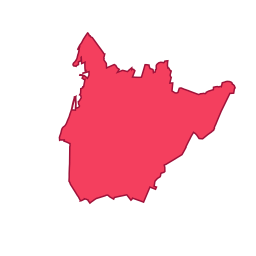 Codes pag., Bauska, Latvia (Robinson projection), rotated 116°
{"feature_id": "27541924B25863088320510", "entity_name": "Codes pag.", "entity_type": "district", "adm_level": 2, "iso_a3": "LVA", "parent_name": "Latvia", "parent_adm1": "Bauska", "projection": "robinson", "projection_center": [24.192, 56.468], "detail": "fine", "context": "isolated", "style": "filled", "palette": "rose", "viewbox_px": 256, "rotation_deg": 116, "n_neighbors": 0, "source": "geoboundaries", "source_scale": "gbopen_adm2", "svg_char_len": 5425}
<svg xmlns="http://www.w3.org/2000/svg" viewBox="0 0 256 256"><g transform="rotate(116 128 128)"><path d="M168.9,184.1L168.6,183.9L166.7,180.1L167.8,179.9L167.8,179.2L167.7,178.9L167.6,177.7L167.5,175.9L167.5,174.0L167.5,173.7L167.4,173.3L168.1,173.0L169.3,172.3L170.4,172.1L171.6,171.5L186.0,164.7L189.1,163.4L194.5,161.0L198.0,159.3L201.7,157.7L201.8,157.5L202.2,156.8L203.1,155.8L203.9,155.0L206.1,151.4L206.7,150.5L208.6,147.4L210.7,144.1L211.4,142.8L211.5,142.5L212.2,141.6L214.2,138.9L214.4,138.9L213.9,138.2L211.0,135.9L210.7,136.1L210.3,134.0L210.3,132.3L210.5,132.3L210.7,132.1L210.8,131.9L212.2,129.3L210.6,128.6L207.9,127.1L207.6,127.0L205.1,125.5L205.1,125.4L198.8,118.7L198.1,118.3L197.9,118.0L197.2,116.8L197.2,116.7L197.8,114.4L197.9,114.1L198.2,109.7L196.4,109.8L193.4,106.0L193.3,105.9L191.7,103.8L188.6,99.8L191.6,93.7L190.3,93.2L189.1,93.2L188.7,90.1L188.3,86.6L188.2,85.9L187.8,81.5L184.1,81.7L171.5,82.4L171.0,76.4L168.6,76.5L168.9,79.0L165.8,79.9L165.2,80.2L164.3,80.3L163.7,80.4L160.4,79.4L157.8,77.8L156.9,77.8L155.2,78.3L154.9,78.5L153.8,78.3L153.6,77.8L152.5,76.9L152.3,76.4L150.9,75.8L147.2,77.7L146.4,78.4L145.4,79.2L145.2,79.1L144.0,77.9L143.9,77.9L141.2,76.1L133.1,70.9L129.2,68.4L128.2,67.8L124.8,67.6L119.9,67.4L119.7,67.7L113.4,67.7L110.9,67.6L107.8,67.6L103.4,67.2L103.2,67.2L103.4,65.8L103.5,65.0L104.3,62.9L106.3,59.5L106.2,59.1L105.0,56.2L98.7,53.3L94.7,51.1L94.4,51.1L94.1,51.0L93.2,50.4L92.8,50.3L92.5,50.2L92.5,50.3L90.6,50.1L89.9,50.6L87.2,50.8L86.9,50.7L82.6,51.0L72.1,51.6L64.7,51.6L63.8,51.6L63.5,51.6L53.3,51.6L52.3,51.7L50.4,48.3L48.9,48.7L47.4,49.2L45.7,49.6L45.0,49.3L43.4,51.0L42.8,52.5L42.9,53.4L42.0,54.1L41.6,55.2L41.7,57.0L42.4,58.9L43.3,60.3L44.5,61.4L46.0,63.1L50.0,62.2L50.1,63.2L51.3,64.4L51.6,65.9L52.6,67.4L53.9,69.0L56.1,68.1L59.6,71.8L61.6,73.3L61.8,73.2L62.3,73.3L62.8,73.4L63.1,73.5L63.3,73.8L63.8,75.4L63.9,75.5L64.6,76.4L65.4,77.8L66.5,78.7L67.0,79.3L67.8,87.5L67.9,88.8L68.0,90.3L68.1,91.1L68.2,91.3L68.3,93.1L68.5,93.9L68.7,97.6L68.9,98.1L69.7,99.2L69.8,99.3L74.2,98.7L75.5,100.0L75.8,101.4L75.4,104.7L71.4,106.2L67.9,107.5L69.3,110.1L63.7,111.3L63.8,111.5L62.2,113.2L62.1,113.3L61.7,113.4L60.8,113.6L59.6,113.8L58.1,114.1L57.8,114.2L57.8,114.3L57.9,115.1L56.8,116.9L56.7,117.0L56.3,117.6L56.2,117.8L56.6,118.5L55.1,119.5L54.7,119.9L51.9,121.1L50.1,121.7L50.9,123.0L51.8,124.2L51.9,124.3L52.4,124.2L52.7,124.2L53.3,124.3L53.7,124.6L53.8,125.1L54.0,125.8L54.3,126.6L54.5,127.3L55.7,128.7L55.9,128.9L57.5,129.7L58.7,130.0L59.4,130.0L60.3,129.6L61.0,129.3L61.9,128.7L62.5,128.4L63.3,128.8L63.5,128.8L65.7,128.1L66.3,128.8L67.1,129.4L64.8,130.9L64.6,131.2L64.5,131.4L64.7,132.9L64.9,134.1L64.8,134.3L63.3,136.0L62.2,136.7L62.9,138.9L63.6,140.4L68.6,139.5L76.4,138.2L77.3,139.6L79.0,143.2L80.2,146.3L73.5,146.9L73.3,147.5L73.1,148.3L72.9,148.5L73.0,149.1L73.1,150.0L73.1,150.3L73.3,150.3L72.2,151.0L75.2,152.3L75.3,152.4L77.5,153.2L78.5,158.0L78.7,158.3L82.6,161.9L79.1,161.6L78.8,163.9L78.0,165.2L78.0,165.4L77.4,166.0L77.1,166.5L77.1,166.8L77.0,168.2L83.4,173.6L79.6,175.7L78.9,176.7L78.8,177.0L77.8,178.8L77.3,179.6L76.1,179.9L75.6,180.5L71.8,181.3L72.0,181.6L71.3,183.2L71.1,183.3L70.3,184.8L69.0,187.2L67.0,191.1L66.6,191.8L62.4,199.7L62.4,201.6L61.7,202.4L62.0,203.3L61.8,203.4L61.2,204.0L60.3,205.4L60.3,206.0L63.6,206.5L67.7,207.0L71.7,207.1L74.4,207.6L76.7,207.7L79.2,207.7L79.3,207.5L79.2,207.4L78.3,207.5L77.5,207.4L77.2,207.4L76.7,207.3L76.5,207.0L77.3,206.9L77.9,206.7L78.9,206.4L80.3,205.9L80.8,205.8L81.5,205.6L82.8,205.3L83.9,205.2L84.1,205.2L84.7,205.0L85.6,204.9L86.6,204.6L88.5,204.3L90.3,204.5L90.3,204.4L92.3,204.9L93.5,205.4L93.9,205.4L94.5,205.4L95.0,205.3L95.4,205.0L95.7,204.7L96.0,204.0L95.9,203.8L95.6,202.9L95.3,202.0L95.3,201.7L95.0,201.7L94.0,201.3L92.7,200.3L92.0,200.6L90.4,201.5L88.0,199.6L85.0,201.2L84.8,201.1L88.0,199.3L90.4,197.9L87.7,195.5L88.5,195.2L89.5,194.8L93.0,193.0L95.3,191.6L94.8,191.0L96.4,190.3L97.2,191.2L98.1,192.3L99.0,193.0L98.4,192.3L98.0,191.9L97.5,191.3L97.3,191.0L94.4,187.8L97.7,186.2L101.2,186.2L101.2,186.4L100.5,188.3L100.3,189.1L100.3,189.8L100.2,189.8L100.1,190.4L100.4,192.7L100.6,192.9L101.1,194.5L101.7,194.4L101.3,193.5L101.1,192.9L101.0,192.4L100.7,191.2L101.8,191.0L103.3,191.1L103.3,190.8L103.5,190.0L103.7,189.3L103.7,188.9L103.5,188.5L103.1,188.0L110.3,186.0L110.8,186.7L111.7,186.3L113.4,187.7L115.5,186.7L117.7,185.8L119.4,186.0L119.3,184.9L119.5,184.7L120.1,184.3L120.1,184.2L120.3,184.0L120.5,183.9L121.4,183.3L123.0,183.4L124.8,183.6L125.0,183.6L125.9,184.1L126.2,184.2L126.3,184.1L127.7,183.2L128.5,182.5L128.9,181.9L129.0,181.6L129.7,181.2L130.5,181.3L131.1,181.5L131.7,182.0L131.9,182.2L132.3,182.7L132.6,182.8L132.7,183.7L130.1,184.9L129.6,185.1L129.0,185.5L128.4,185.7L123.8,188.2L122.9,188.6L122.5,188.7L122.8,188.9L123.4,188.7L124.4,188.2L127.8,186.4L129.7,185.4L130.7,185.0L135.0,183.1L136.5,186.7L135.5,186.8L134.5,187.1L134.4,186.9L133.9,187.0L132.9,187.2L132.6,187.4L131.6,187.6L131.0,187.7L129.7,188.0L128.6,188.2L126.8,188.6L126.1,188.7L125.7,188.8L125.1,188.9L124.6,189.2L123.6,189.4L123.4,189.5L123.5,189.8L124.5,189.5L125.6,189.2L127.0,189.0L129.1,188.6L131.7,188.0L135.2,187.1L137.2,186.7L139.1,186.5L140.8,186.3L143.7,185.8L148.1,185.6L150.4,185.4L151.8,185.4L153.3,185.6L154.2,185.9L155.5,186.6L156.5,186.9L157.6,187.0L159.1,186.8L161.6,186.2L163.5,185.9L164.9,185.8L166.6,185.5L168.4,184.4L168.9,184.1Z" fill="#f43f5e" stroke="#9f1239" stroke-width="1.5"/></g></svg>